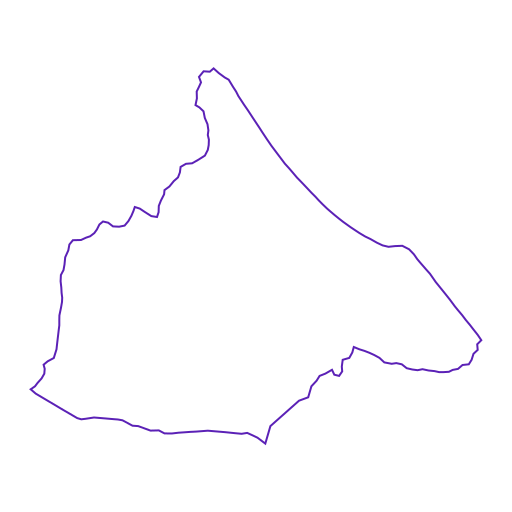 Aquiraz, Ceará, Brazil (Mercator projection)
{"feature_id": "56859067B18185438473519", "entity_name": "Aquiraz", "entity_type": "district", "adm_level": 2, "iso_a3": "BRA", "parent_name": "Brazil", "parent_adm1": "Ceará", "projection": "mercator", "projection_center": [-38.388, -3.948], "detail": "fine", "context": "isolated", "style": "outline", "palette": "violet", "viewbox_px": 512, "rotation_deg": 0, "n_neighbors": 0, "source": "geoboundaries", "source_scale": "gbopen_adm2", "svg_char_len": 2555}
<svg xmlns="http://www.w3.org/2000/svg" viewBox="0 0 512 512"><path d="M224.8,77.5L218.8,73.1L213.6,68.4L209.8,71.7L203.6,71.3L199.0,76.9L201.0,82.4L198.9,87.0L196.7,91.5L196.9,98.4L195.5,105.1L199.4,107.4L203.5,111.3L204.8,117.9L207.5,124.2L208.4,130.4L207.8,135.0L208.9,139.7L208.7,145.1L207.8,149.9L204.9,155.6L198.1,159.9L192.1,163.3L186.0,163.8L180.6,166.9L179.9,172.4L178.0,177.4L173.8,181.1L169.4,186.5L164.5,190.1L164.1,194.3L160.9,200.6L158.8,205.9L158.6,212.2L157.0,217.0L151.3,216.1L144.7,211.9L139.8,208.6L134.8,207.0L133.4,211.1L131.4,215.8L128.4,221.1L124.6,225.6L119.1,226.7L113.0,226.4L108.2,222.7L103.0,221.5L99.4,224.5L96.9,229.5L94.3,233.1L90.1,236.3L86.2,237.6L81.0,240.0L72.9,240.2L69.4,244.5L68.3,250.4L65.2,257.3L64.5,264.5L63.5,270.1L60.9,275.0L60.6,281.3L61.3,287.5L61.6,293.0L62.2,297.7L62.0,302.0L61.0,307.7L59.4,315.4L59.3,320.2L59.3,325.4L58.7,330.2L57.9,337.0L57.1,343.8L56.5,349.3L53.8,358.0L47.7,361.3L43.6,364.7L44.7,368.8L44.3,373.7L41.6,378.4L37.5,383.0L35.0,386.3L30.7,389.3L35.7,393.6L63.3,410.0L77.2,418.1L81.3,419.3L85.5,418.8L94.0,417.5L104.9,418.4L111.8,419.0L118.0,419.5L122.5,420.3L132.5,425.7L138.2,426.1L150.5,430.6L158.8,430.4L164.5,433.4L171.7,433.5L178.6,432.7L184.5,432.3L190.0,431.9L196.0,431.6L207.8,430.7L225.5,432.2L235.2,433.2L241.6,433.8L247.2,432.9L252.7,435.4L257.5,437.7L265.3,443.6L270.4,426.1L299.0,400.7L308.2,397.3L311.4,386.3L316.6,380.7L319.6,375.9L325.4,373.6L332.0,369.8L334.3,374.7L339.1,375.9L342.2,371.4L341.8,366.6L342.7,359.8L349.3,357.9L352.3,352.5L353.8,347.0L359.4,349.3L364.5,350.9L369.4,352.8L374.2,355.0L379.5,357.9L384.3,362.4L391.7,363.8L396.3,363.1L401.8,364.3L406.7,368.2L412.3,369.5L417.6,370.2L422.5,369.2L428.6,370.5L434.5,371.1L439.0,372.1L443.8,372.1L448.9,371.8L452.7,369.9L458.0,368.9L462.5,365.0L468.8,364.3L471.6,359.8L473.5,353.8L477.7,349.9L477.2,344.3L481.3,340.2L477.8,335.0L473.3,329.3L469.9,324.9L465.8,320.0L462.2,315.2L457.9,310.1L454.8,306.3L450.0,299.8L445.8,294.5L442.5,290.4L435.7,282.0L430.0,273.8L425.9,269.2L420.0,262.4L417.3,259.2L413.9,254.3L409.1,249.3L402.3,245.8L395.0,246.1L388.5,246.8L382.6,245.4L376.9,242.7L370.4,239.0L365.2,236.5L359.5,233.1L355.4,230.4L350.6,227.2L343.2,221.9L339.1,218.7L334.3,214.8L330.2,211.3L327.1,208.6L322.1,203.8L318.4,200.0L315.5,196.8L311.4,192.7L306.9,187.9L301.0,181.7L297.0,177.6L292.6,172.4L289.0,168.2L284.9,163.7L271.5,145.9L266.7,138.9L262.0,131.8L259.5,127.9L253.0,118.1L248.1,110.6L243.9,104.5L238.4,96.1L236.1,91.6L233.0,86.8L228.7,79.7L224.8,77.5Z" fill="none" stroke="#5b21b6" stroke-width="2"/></svg>